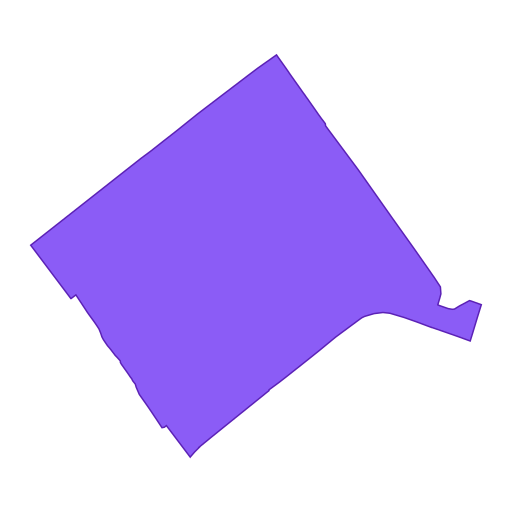 6 October-1, Al Jizah, Egypt (Natural Earth projection)
{"feature_id": "37247803B48784531357995", "entity_name": "6 October-1", "entity_type": "district", "adm_level": 2, "iso_a3": "EGY", "parent_name": "Egypt", "parent_adm1": "Al Jizah", "projection": "natural_earth1", "projection_center": [30.968, 29.986], "detail": "fine", "context": "isolated", "style": "filled", "palette": "violet", "viewbox_px": 512, "rotation_deg": 0, "n_neighbors": 0, "source": "geoboundaries", "source_scale": "gbopen_adm2", "svg_char_len": 1711}
<svg xmlns="http://www.w3.org/2000/svg" viewBox="0 0 512 512"><path d="M325.6,125.9L325.3,123.7L323.4,121.1L321.6,118.8L318.4,114.4L318.2,114.1L318.0,113.8L313.9,107.9L312.5,105.9L312.4,105.7L312.2,105.5L309.4,101.5L307.6,98.9L306.1,96.9L304.7,94.8L303.1,92.7L298.4,86.0L294.9,81.1L289.1,72.9L288.8,72.4L288.5,71.9L287.0,69.8L286.2,68.6L282.3,63.1L278.3,57.5L276.5,54.9L258.1,67.9L248.0,75.5L197.9,113.7L177.0,130.5L163.7,140.9L150.1,151.6L141.2,158.2L117.3,177.0L98.4,191.9L30.7,245.2L70.9,298.6L71.0,298.6L75.9,294.9L85.2,309.0L87.2,312.1L89.4,315.2L91.8,318.5L94.2,321.8L96.2,324.7L97.2,326.2L98.9,328.8L100.6,332.9L101.9,336.8L103.3,339.5L104.5,341.3L106.2,343.8L107.5,345.7L109.5,348.0L110.8,349.6L112.4,351.7L113.8,353.5L115.2,355.4L116.9,357.1L118.7,359.1L120.3,360.9L120.4,362.5L121.5,364.4L124.5,368.6L127.0,372.1L128.8,374.7L130.2,376.8L131.8,378.9L132.0,379.4L132.7,380.8L135.3,384.1L136.2,387.2L139.3,394.4L147.9,406.6L152.7,413.7L155.1,417.3L157.7,421.2L162.0,427.7L164.4,427.2L166.4,425.6L190.2,457.1L190.4,456.8L190.8,456.4L194.8,451.8L199.4,447.2L199.2,447.1L211.4,437.1L221.8,428.7L238.4,415.3L269.0,390.6L269.0,390.2L269.0,389.8L279.2,382.3L286.4,376.7L307.6,359.9L319.1,350.7L335.6,337.1L358.3,320.3L360.5,318.7L361.9,317.7L364.6,316.4L374.1,313.6L382.9,312.5L388.7,313.1L390.1,313.3L404.2,317.5L416.4,321.8L431.1,327.3L431.1,327.2L444.4,331.8L458.4,336.7L470.2,341.0L472.4,333.9L477.3,317.6L481.3,304.7L471.3,301.1L469.5,300.6L459.4,306.0L454.4,309.1L452.2,309.3L448.2,308.6L439.3,305.5L437.8,304.8L439.8,298.0L440.9,293.9L440.4,286.9L433.3,276.1L433.1,276.0L433.0,275.8L430.2,271.7L413.9,248.4L391.3,216.7L358.4,170.0L325.6,125.9Z" fill="#8b5cf6" stroke="#5b21b6" stroke-width="1.5"/></svg>